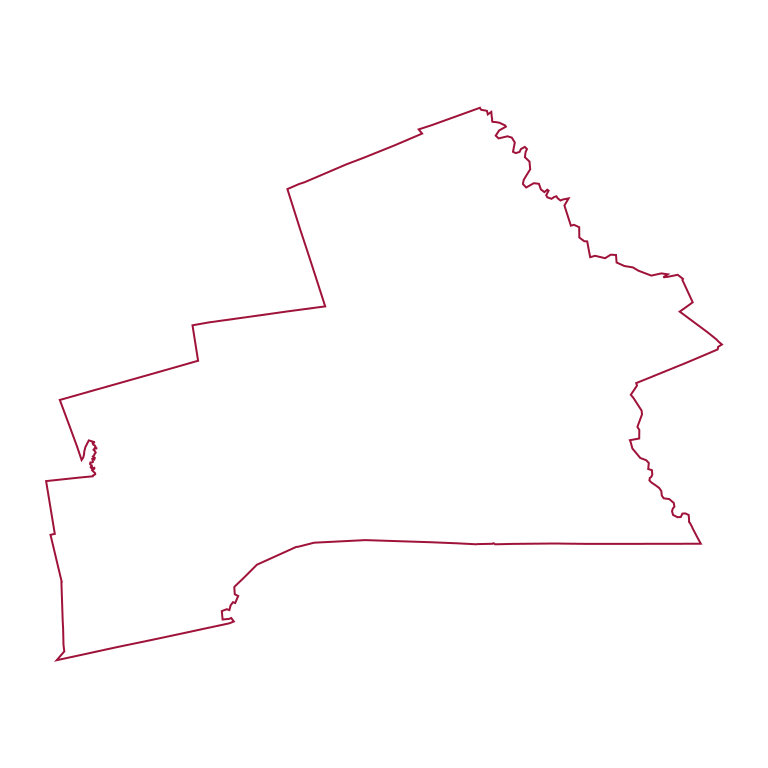 outline of Ungheni, Arges, Romania
{"feature_id": "2599482B46615052617828", "entity_name": "Ungheni", "entity_type": "district", "adm_level": 2, "iso_a3": "ROU", "parent_name": "Romania", "parent_adm1": "Arges", "projection": "equal_earth", "projection_center": [24.938, 44.514], "detail": "fine", "context": "isolated", "style": "outline", "palette": "rose", "viewbox_px": 768, "rotation_deg": 0, "n_neighbors": 0, "source": "geoboundaries", "source_scale": "gbopen_adm2", "svg_char_len": 3263}
<svg xmlns="http://www.w3.org/2000/svg" viewBox="0 0 768 768"><path d="M700.8,543.7L697.2,537.1L692.4,527.9L692.1,527.0L689.9,522.9L689.0,521.9L689.1,520.4L688.7,515.0L685.3,513.4L682.4,513.6L680.8,517.0L677.5,517.2L673.1,515.0L672.0,511.2L672.9,508.4L674.4,506.7L673.8,503.0L669.3,499.1L663.7,498.3L661.8,495.6L661.3,491.0L659.1,487.9L655.4,485.2L651.3,482.4L649.4,480.4L649.8,478.0L651.2,477.0L652.3,474.6L651.9,470.2L648.2,469.0L648.8,463.0L646.2,460.2L640.3,458.0L632.4,448.5L630.6,441.9L629.9,440.2L639.2,438.5L639.3,429.9L637.4,426.9L642.0,414.4L642.0,414.2L641.6,410.6L633.4,397.9L630.8,394.8L637.0,385.6L636.2,383.1L688.6,361.8L717.7,349.4L718.1,346.9L721.9,344.5L718.6,341.7L716.4,339.4L707.7,332.4L679.7,311.6L685.0,307.9L692.7,302.3L682.4,280.0L683.0,278.9L677.7,274.8L667.9,276.8L663.3,277.3L667.7,274.3L661.4,273.4L651.3,275.6L638.4,270.7L632.9,267.4L624.3,266.0L616.6,262.5L616.0,255.0L610.7,254.7L605.1,258.2L595.1,255.8L590.2,257.2L588.8,250.1L587.2,241.4L584.2,241.2L579.3,237.5L579.2,227.2L573.9,224.8L570.9,225.7L564.4,205.5L568.6,198.4L562.9,199.5L560.5,200.5L557.6,198.2L556.4,196.3L554.3,196.9L551.5,198.8L547.3,197.3L546.2,195.2L548.6,190.7L547.3,189.7L544.4,192.1L540.9,189.4L538.9,183.8L533.8,183.2L526.2,187.5L522.9,184.0L523.7,179.9L526.9,174.6L530.2,169.3L529.5,161.6L524.9,157.2L525.6,151.9L527.0,149.1L524.8,146.9L520.9,149.1L519.6,151.9L515.8,153.1L513.0,151.8L514.8,142.5L511.8,137.6L507.5,136.3L498.6,138.4L495.7,135.6L499.2,130.4L505.9,126.7L505.2,125.5L499.6,122.8L495.9,122.1L492.4,121.8L492.0,120.1L492.2,119.1L491.8,117.4L491.3,111.9L487.8,114.4L486.9,110.8L481.2,109.8L480.0,108.2L479.9,107.8L432.2,125.0L418.7,129.4L422.1,133.6L394.0,145.6L364.6,157.4L346.0,164.5L304.4,182.3L299.4,183.9L298.4,184.3L287.4,189.1L300.3,229.8L307.9,252.8L315.0,274.7L325.2,306.4L316.0,307.6L286.8,311.5L271.3,313.7L235.6,318.7L208.9,322.4L192.5,325.3L198.1,360.8L197.2,361.0L162.5,370.9L130.0,380.1L112.8,385.0L112.7,385.0L96.8,389.5L96.3,389.6L62.2,399.3L59.8,399.9L69.1,424.9L77.0,446.4L81.6,460.0L83.3,457.4L84.0,454.4L84.3,451.3L85.4,447.1L88.8,440.4L94.1,442.0L94.2,442.4L93.6,443.0L93.1,442.8L92.6,443.1L93.3,444.7L94.7,445.4L95.5,446.6L95.0,447.6L96.4,448.2L97.2,448.4L94.4,448.7L93.5,449.8L94.9,451.1L95.7,452.6L94.6,453.7L94.6,454.5L92.9,456.5L94.8,457.8L94.3,459.4L92.9,458.6L92.3,458.8L92.8,461.0L92.8,462.1L91.1,462.7L90.4,462.5L90.0,463.9L90.9,465.1L91.8,465.5L92.0,466.7L91.8,466.8L91.1,466.7L90.7,467.1L91.6,468.4L93.4,468.1L94.3,467.8L94.4,468.4L93.9,469.1L92.7,469.6L92.1,470.3L95.1,473.2L95.2,474.3L93.0,475.5L92.8,476.3L78.1,477.7L46.1,481.1L54.8,533.9L50.5,534.8L57.9,565.9L61.7,581.8L61.4,581.9L62.7,620.9L63.1,628.3L63.5,645.0L64.3,651.4L56.7,660.2L117.1,647.1L158.5,638.5L205.6,628.4L229.4,623.3L233.8,621.5L231.2,618.0L229.1,618.9L222.6,619.5L221.8,611.1L226.8,609.2L229.4,610.1L230.6,605.4L233.0,602.2L235.2,603.0L238.2,596.0L234.8,594.3L234.3,587.5L234.6,586.6L243.7,577.9L256.9,564.7L296.2,546.9L297.6,546.9L314.1,542.7L365.3,540.1L398.7,541.2L429.8,542.2L456.9,543.3L476.5,544.3L477.3,544.1L492.3,543.8L493.5,543.2L495.1,544.3L512.3,543.9L533.3,543.7L554.5,543.5L569.6,543.7L589.9,543.9L595.0,543.9L610.4,543.9L630.2,543.9L650.1,543.8L674.3,543.8L700.8,543.7Z" fill="none" stroke="#9f1239" stroke-width="2"/></svg>